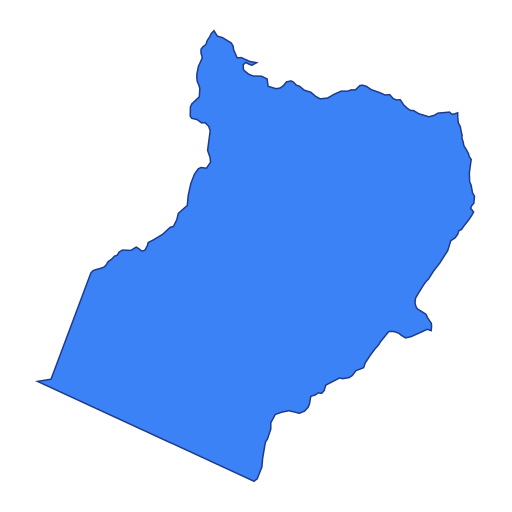 outline of São João do Soter, Maranhão, Brazil
{"feature_id": "56859067B40043130772660", "entity_name": "São João do Soter", "entity_type": "district", "adm_level": 2, "iso_a3": "BRA", "parent_name": "Brazil", "parent_adm1": "Maranhão", "projection": "orthographic", "projection_center": [-43.73, -5.032], "detail": "fine", "context": "isolated", "style": "filled", "palette": "blue", "viewbox_px": 512, "rotation_deg": 0, "n_neighbors": 0, "source": "geoboundaries", "source_scale": "gbopen_adm2", "svg_char_len": 2758}
<svg xmlns="http://www.w3.org/2000/svg" viewBox="0 0 512 512"><path d="M214.0,30.7L211.3,33.5L209.7,36.9L207.3,40.4L205.9,44.5L202.9,46.8L201.0,49.3L201.0,53.1L202.3,57.6L201.0,60.7L199.7,63.6L198.4,66.4L197.5,70.9L196.9,73.9L196.8,77.5L197.2,81.3L199.2,86.0L199.8,89.0L199.3,96.8L191.8,103.9L190.4,107.0L190.2,116.0L191.7,118.3L197.1,119.6L201.6,122.9L205.1,122.7L208.7,126.3L210.2,130.8L209.0,139.6L207.6,150.4L210.1,157.6L210.5,162.3L206.4,168.2L201.0,167.5L198.3,168.8L194.5,174.1L190.8,183.6L188.2,195.5L187.3,205.5L184.5,207.9L178.3,213.4L176.8,219.7L173.4,226.5L170.3,227.2L162.9,234.1L153.2,240.0L148.2,242.5L147.2,246.1L144.7,250.4L141.8,251.1L138.7,248.6L136.2,247.1L130.9,250.4L122.3,250.1L119.0,252.2L117.3,255.2L114.4,256.2L111.6,259.2L108.2,261.6L105.8,265.5L103.8,267.2L99.1,268.8L95.8,269.6L93.0,270.7L90.9,272.9L56.6,364.4L51.0,379.2L37.5,381.4L168.1,441.7L172.1,443.4L175.6,445.0L178.8,446.5L254.0,481.3L257.2,478.8L261.9,467.0L262.7,457.9L265.4,442.2L267.5,438.9L270.8,429.0L270.8,422.8L275.3,414.4L281.7,412.2L288.7,410.7L294.9,412.1L299.3,413.3L304.6,411.1L308.1,407.3L309.4,404.2L310.8,396.3L315.2,395.0L318.2,392.9L321.7,393.3L324.1,390.7L325.8,385.1L339.7,377.9L342.6,378.7L349.1,377.6L352.3,375.5L356.0,370.6L363.6,367.7L365.2,363.0L369.9,355.8L375.0,348.9L378.5,345.0L380.3,342.0L388.7,331.6L392.4,331.4L395.2,331.9L399.1,333.4L401.0,335.1L405.5,337.9L411.2,336.6L421.7,331.9L427.2,329.3L431.2,330.6L431.6,326.1L431.3,323.3L427.6,317.8L425.9,314.2L417.4,308.9L416.0,306.7L415.0,303.0L415.5,298.2L417.9,294.1L423.2,285.5L425.8,281.8L428.5,279.0L433.8,270.7L439.6,263.3L444.0,256.4L447.7,250.7L450.8,240.7L455.2,237.8L457.7,234.2L458.8,230.8L461.5,229.5L464.1,225.7L468.2,220.6L471.8,215.3L473.6,212.0L470.6,208.2L471.8,205.5L473.8,203.3L474.5,196.2L472.5,192.7L471.1,185.1L469.6,181.6L469.5,177.0L469.3,174.1L469.6,171.1L470.2,166.5L471.2,159.5L469.2,156.5L468.5,153.7L465.6,148.4L463.9,145.8L463.1,141.8L461.9,138.0L462.1,135.2L461.2,131.6L460.3,126.6L458.3,122.8L457.7,116.9L457.7,112.8L454.5,113.9L451.9,114.3L449.5,112.1L438.0,113.1L434.3,115.3L428.7,116.8L423.8,115.2L418.7,113.7L413.7,110.6L410.5,110.4L407.8,108.7L403.7,105.0L400.2,99.7L396.7,100.0L393.3,98.7L389.7,94.6L384.9,95.0L380.0,92.7L371.2,89.6L366.4,86.3L362.6,85.2L359.9,85.5L355.4,89.9L351.0,89.9L347.6,91.2L341.3,91.1L334.5,94.1L331.7,95.7L327.4,98.1L320.1,98.8L315.7,96.4L310.8,92.2L304.3,90.2L299.6,86.3L296.2,85.1L293.5,82.1L291.0,80.9L286.4,81.9L283.4,85.7L280.1,88.0L276.1,88.7L268.1,86.3L267.1,78.9L261.4,76.2L253.1,76.0L248.5,74.1L243.5,69.9L243.2,64.7L245.8,62.5L249.0,64.2L251.8,65.3L256.6,62.7L249.6,61.4L241.3,57.6L237.1,57.8L233.6,49.6L233.1,46.1L231.3,43.0L222.5,37.6L217.3,36.1L214.0,30.7Z" fill="#3b82f6" stroke="#1e3a8a" stroke-width="1.5"/></svg>